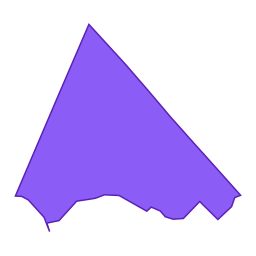 Dillon, South Carolina, United States of America
{"feature_id": "52423323B8509439867450", "entity_name": "Dillon", "entity_type": "district", "adm_level": 2, "iso_a3": "USA", "parent_name": "United States of America", "parent_adm1": "South Carolina", "projection": "equal_earth", "projection_center": [-79.33, 34.426], "detail": "fine", "context": "isolated", "style": "filled", "palette": "violet", "viewbox_px": 256, "rotation_deg": 0, "n_neighbors": 0, "source": "geoboundaries", "source_scale": "gbopen_adm2", "svg_char_len": 603}
<svg xmlns="http://www.w3.org/2000/svg" viewBox="0 0 256 256"><path d="M15.4,196.0L21.7,196.4L28.3,199.9L44.1,217.3L49.6,231.6L46.9,223.1L59.0,220.6L76.6,201.2L92.8,198.7L95.8,198.1L104.5,194.8L119.1,195.5L146.8,211.2L151.2,207.1L160.3,211.0L165.2,216.7L173.1,219.2L183.3,218.5L199.7,201.5L217.9,219.5L231.6,206.6L234.7,197.6L240.6,195.3L211.8,163.1L208.5,159.4L192.7,141.9L192.2,141.2L189.4,138.2L182.9,130.8L182.6,130.5L171.0,117.5L169.1,115.3L154.3,97.8L146.3,88.4L139.7,80.8L139.0,80.0L136.4,77.0L125.6,64.5L88.9,24.4L57.3,97.8L15.4,196.0Z" fill="#8b5cf6" stroke="#5b21b6" stroke-width="1.5"/></svg>